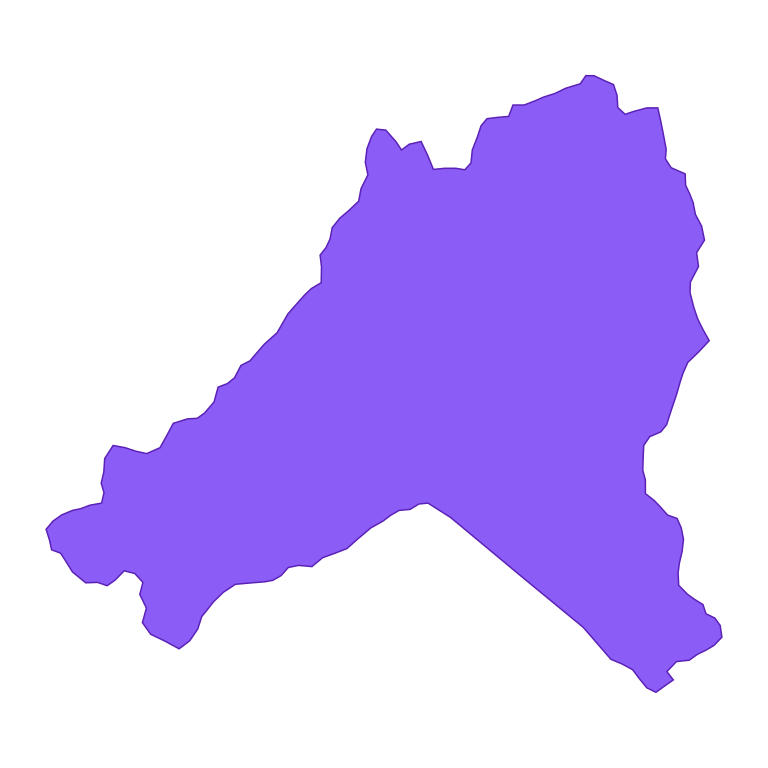 Luiz Alves, Santa Catarina, Brazil
{"feature_id": "56859067B92746316194010", "entity_name": "Luiz Alves", "entity_type": "district", "adm_level": 2, "iso_a3": "BRA", "parent_name": "Brazil", "parent_adm1": "Santa Catarina", "projection": "mercator", "projection_center": [-48.897, -26.726], "detail": "fine", "context": "isolated", "style": "filled", "palette": "violet", "viewbox_px": 768, "rotation_deg": 0, "n_neighbors": 0, "source": "geoboundaries", "source_scale": "gbopen_adm2", "svg_char_len": 2462}
<svg xmlns="http://www.w3.org/2000/svg" viewBox="0 0 768 768"><path d="M704.5,240.2L701.6,226.1L695.4,214.4L693.1,202.4L689.7,193.9L685.6,185.2L685.2,173.9L671.1,167.7L665.4,158.8L666.2,149.4L664.0,137.6L660.9,121.8L657.8,107.9L646.8,107.9L633.8,111.4L625.1,114.3L617.8,107.5L617.0,95.2L613.5,84.6L603.3,80.1L594.0,75.7L585.8,75.7L580.2,83.8L565.8,88.2L554.6,93.6L543.5,97.1L535.6,100.6L524.2,105.0L513.0,105.0L508.7,116.4L497.2,117.4L487.0,118.7L481.1,125.7L477.3,137.2L472.3,150.0L471.0,162.9L464.8,169.8L456.0,168.3L444.6,168.3L433.4,169.4L427.7,155.4L421.1,141.5L409.3,144.2L401.5,150.0L396.0,141.7L385.8,130.1L376.5,129.1L371.5,136.6L367.0,148.6L365.3,162.3L367.9,174.8L361.0,188.7L358.7,201.1L349.1,210.3L339.8,218.2L332.2,227.7L330.0,239.1L326.0,247.6L320.1,255.1L321.5,266.8L321.2,282.7L311.3,288.6L304.6,295.0L296.7,303.9L287.9,313.9L277.2,332.6L264.5,344.0L255.7,354.1L250.0,360.8L241.0,365.4L234.5,377.8L227.4,383.6L218.1,387.1L214.1,401.9L204.7,412.9L197.2,418.3L187.4,418.9L173.3,423.3L166.7,435.7L160.0,447.7L146.7,453.6L135.4,451.1L125.2,447.7L113.1,445.5L104.7,458.5L103.8,472.0L101.2,483.2L104.0,492.6L101.6,503.1L89.9,505.2L80.6,508.7L72.5,510.4L61.9,514.8L53.1,521.0L46.1,529.3L49.5,540.1L51.6,549.8L60.6,553.2L65.4,560.6L72.5,572.0L85.7,582.8L97.6,582.4L107.1,585.7L114.9,580.3L124.2,570.8L134.8,573.5L142.9,582.4L139.8,594.4L146.4,608.1L142.4,622.6L150.7,634.3L164.5,640.9L179.1,648.8L189.8,640.7L197.8,628.9L201.7,616.6L207.4,609.6L213.6,601.7L223.3,592.3L235.3,584.3L252.1,582.8L264.8,581.8L272.9,580.3L281.2,575.5L288.3,567.5L298.6,565.4L311.9,566.6L322.6,557.7L335.3,553.1L346.9,548.6L357.9,538.8L371.0,527.8L383.1,521.0L390.5,515.4L399.1,510.4L410.1,509.4L418.9,504.0L428.0,503.1L450.6,517.5L516.1,572.0L525.6,579.9L583.3,627.4L610.9,659.3L622.3,664.1L632.6,669.7L640.0,679.5L646.8,687.8L655.9,692.3L666.6,684.6L673.3,679.9L666.9,671.6L676.4,661.6L689.2,660.2L697.6,654.2L705.9,650.2L714.0,645.4L721.9,637.2L720.2,625.5L714.9,618.1L705.9,613.7L703.0,604.6L694.3,599.2L687.4,594.2L678.7,585.3L678.1,572.9L679.3,563.5L682.1,551.5L683.5,539.2L681.2,527.8L677.1,518.5L667.5,515.0L660.9,507.5L654.2,500.5L645.4,493.6L645.4,479.9L642.8,470.4L643.1,459.4L643.7,445.5L649.7,436.7L660.9,431.8L666.6,424.7L671.4,409.8L676.4,395.0L680.2,381.8L683.0,373.2L687.8,362.4L698.5,352.1L709.2,340.7L702.8,329.2L697.6,318.7L693.7,307.0L690.0,292.5L690.4,282.1L698.5,266.5L696.6,252.6L704.5,240.2Z" fill="#8b5cf6" stroke="#5b21b6" stroke-width="1.5"/></svg>